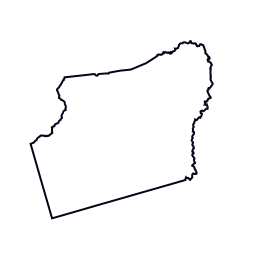 outline of Caroebe, Roraima, Brazil, rotated 74°
{"feature_id": "56859067B41446957108581", "entity_name": "Caroebe", "entity_type": "district", "adm_level": 2, "iso_a3": "BRA", "parent_name": "Brazil", "parent_adm1": "Roraima", "projection": "albers", "projection_center": [-59.482, 0.945], "detail": "fine", "context": "isolated", "style": "outline", "palette": "ink", "viewbox_px": 256, "rotation_deg": 74, "n_neighbors": 0, "source": "geoboundaries", "source_scale": "gbopen_adm2", "svg_char_len": 5374}
<svg xmlns="http://www.w3.org/2000/svg" viewBox="0 0 256 256"><g transform="rotate(74 128 128)"><path d="M193.9,225.9L193.8,178.7L193.8,134.7L193.8,133.8L193.8,87.3L193.3,87.2L192.5,86.4L191.9,86.2L191.4,85.8L192.4,85.4L192.5,84.8L192.4,84.2L192.7,83.8L193.2,83.8L193.8,83.4L194.2,83.0L194.7,82.8L195.0,82.6L194.8,82.2L194.2,81.6L193.3,79.9L192.8,79.8L190.5,79.1L189.9,78.4L189.7,77.9L190.1,77.7L190.3,76.7L190.8,76.2L190.7,75.6L190.9,75.1L190.6,74.6L189.6,74.4L188.9,74.5L188.4,74.4L187.6,74.6L187.1,74.6L186.8,74.9L186.1,75.1L185.5,75.0L185.1,75.2L184.2,75.1L183.7,75.1L183.1,75.6L182.6,75.8L182.2,76.6L181.8,76.7L181.4,76.3L181.3,75.8L180.9,75.1L180.4,74.3L180.3,73.4L179.8,73.1L179.1,73.3L178.5,73.5L177.9,73.5L176.9,73.5L175.6,72.5L174.8,72.6L174.3,72.9L173.2,73.5L172.6,73.6L171.8,73.7L171.2,73.5L171.0,73.1L170.9,72.5L170.6,72.0L170.0,71.8L169.2,71.9L169.1,72.5L168.7,72.7L168.0,72.6L166.3,71.4L166.0,70.8L165.8,70.4L165.0,70.5L164.5,70.1L164.0,70.0L163.7,70.3L163.1,70.4L162.3,70.8L161.8,70.8L161.2,70.4L160.5,69.7L159.9,69.4L158.8,69.9L157.9,70.2L156.8,69.9L156.5,69.6L155.5,68.5L154.5,68.8L154.1,68.7L153.4,68.3L153.1,67.8L152.5,67.2L151.8,66.2L150.5,65.7L149.3,66.0L149.2,66.6L148.2,66.2L146.3,65.8L145.7,65.1L145.0,64.5L144.0,64.7L143.4,64.6L142.4,64.3L141.7,63.1L140.0,62.3L139.7,61.6L138.9,61.4L138.3,61.2L138.6,60.7L139.3,59.9L138.7,58.8L138.2,58.3L137.9,57.2L137.5,57.0L137.3,56.2L138.0,55.6L137.5,55.1L136.8,54.3L136.0,53.9L135.4,53.2L134.6,53.0L134.2,53.1L133.8,53.8L132.9,53.9L132.1,53.8L131.8,53.4L131.9,52.8L131.7,51.9L132.4,51.1L132.6,50.8L132.5,50.3L131.4,48.2L131.1,47.3L131.4,46.9L131.4,46.2L130.9,46.2L130.0,45.6L128.9,45.7L128.1,45.7L127.1,45.8L127.3,46.6L126.9,47.5L126.7,47.0L126.2,46.8L125.4,47.2L124.3,47.1L123.8,46.9L124.1,46.5L124.3,46.0L124.3,45.1L123.6,44.9L123.6,44.0L122.1,42.9L121.9,42.3L122.0,40.4L121.5,40.0L120.8,40.3L119.5,40.8L115.0,41.5L114.5,41.6L114.3,41.2L113.4,40.7L113.3,39.9L112.2,39.9L111.8,39.5L112.0,38.7L111.9,37.8L110.8,36.7L110.1,35.6L109.5,34.9L108.9,34.4L108.3,34.5L107.9,34.4L107.2,34.7L106.4,35.0L105.8,35.1L105.1,35.1L104.2,35.3L103.6,35.1L103.1,34.8L102.3,34.8L102.1,34.4L101.7,34.2L100.5,34.3L99.9,33.8L98.9,33.8L98.3,33.8L97.9,33.5L96.7,33.2L94.8,32.6L94.3,32.2L93.9,32.5L93.2,32.5L92.8,32.0L91.8,31.4L91.4,31.1L90.9,30.7L90.8,30.3L90.4,30.0L89.7,30.1L89.0,30.4L88.6,30.3L88.2,30.5L87.8,30.8L87.4,31.1L86.7,31.6L86.2,31.8L86.2,32.6L85.6,32.7L85.0,32.5L84.4,32.7L83.8,32.3L83.5,31.8L83.9,31.2L84.0,30.7L83.5,30.4L82.9,30.2L82.4,30.3L81.9,30.6L81.3,31.4L80.8,31.3L80.3,31.4L79.5,31.8L78.9,31.9L78.5,32.4L77.9,32.5L77.6,32.8L77.1,33.1L75.6,32.3L75.1,32.5L74.4,32.5L73.8,32.5L73.4,32.7L72.7,32.6L72.0,32.6L71.6,32.5L71.1,32.6L70.3,32.8L69.8,33.0L69.1,32.9L68.4,33.8L68.1,34.4L67.5,34.8L67.5,35.8L67.9,36.1L68.5,36.5L68.8,36.9L68.6,37.3L68.5,37.9L68.6,38.9L67.9,39.2L67.3,39.1L66.7,39.6L66.3,39.7L65.7,39.5L65.2,39.8L65.2,40.3L64.9,40.9L64.8,42.0L64.4,42.5L64.3,43.1L63.6,43.8L63.2,44.0L62.7,43.7L62.3,43.6L61.9,43.7L61.6,44.1L61.8,44.5L62.3,45.1L62.7,45.6L63.0,46.0L63.3,46.7L62.9,47.6L62.5,48.1L61.7,49.2L61.3,49.6L61.0,51.0L61.1,51.6L61.6,52.1L61.4,52.6L61.1,53.6L61.2,54.0L61.4,54.4L61.4,55.0L61.7,55.4L62.1,56.0L62.7,56.3L63.2,56.6L63.8,57.2L64.9,57.9L64.9,58.8L65.1,59.7L64.7,60.8L65.6,60.6L66.0,61.2L66.6,61.7L66.8,62.3L66.7,63.5L67.0,63.8L67.3,64.2L67.6,64.8L67.1,64.7L67.0,65.4L67.4,65.3L67.4,65.8L67.8,66.2L67.2,66.4L67.7,66.8L67.9,67.3L67.5,67.7L66.7,67.9L66.8,68.9L66.4,69.0L66.3,69.8L66.1,70.2L65.7,70.6L65.4,71.0L65.2,71.4L65.6,71.8L65.8,72.2L65.1,72.3L64.9,72.8L65.2,73.5L65.9,74.1L66.5,74.3L66.7,75.0L66.6,75.5L66.8,76.1L66.4,76.5L66.4,77.1L66.1,77.6L65.8,78.0L65.8,79.1L66.1,79.8L66.5,79.6L67.0,80.4L70.7,92.8L71.4,99.1L72.1,104.3L72.3,106.4L72.6,109.2L71.3,116.6L70.7,119.9L69.6,131.0L70.3,131.7L69.6,133.7L68.0,141.4L68.2,141.8L68.7,142.2L69.0,142.8L69.2,143.2L69.0,143.9L68.2,144.6L67.7,144.7L67.3,144.9L66.8,145.9L66.1,149.7L65.6,153.0L62.1,173.2L61.8,175.0L62.4,175.4L62.9,175.4L63.3,176.0L63.6,176.5L64.1,176.5L64.2,177.3L64.8,177.7L65.7,178.6L66.1,178.8L66.4,179.2L66.8,179.7L67.6,180.5L68.0,181.0L68.4,181.3L68.5,181.7L68.9,182.2L69.9,183.0L70.2,183.6L70.5,184.3L71.4,185.6L72.0,185.9L74.7,185.3L76.0,185.5L77.4,185.1L78.1,185.1L78.7,185.5L80.1,186.1L81.3,184.9L82.6,184.4L83.0,183.9L83.2,183.4L84.9,182.1L85.4,181.8L86.7,181.9L87.8,182.1L89.0,181.8L90.5,181.9L91.4,182.2L92.0,182.8L92.6,182.9L93.4,182.8L93.7,184.2L94.2,185.5L94.8,186.0L95.2,186.1L95.7,186.5L96.2,187.1L97.5,188.3L98.4,188.7L99.2,188.5L99.8,188.6L100.3,188.8L100.5,189.4L101.0,190.1L101.2,190.6L101.8,190.8L102.0,191.5L102.0,192.0L102.8,192.8L103.7,193.4L103.8,194.0L104.0,194.6L104.2,195.3L104.1,195.9L104.3,196.6L104.5,197.3L104.9,197.7L105.6,197.9L105.8,198.3L105.8,198.9L106.1,199.2L106.0,199.7L106.2,200.1L106.3,201.0L107.2,201.0L107.7,201.0L108.1,201.4L108.9,201.6L109.5,201.8L110.0,201.7L110.4,201.9L110.8,202.2L111.5,202.1L112.0,202.2L112.4,203.7L112.9,204.6L112.9,205.0L113.2,205.6L113.7,206.3L113.4,207.0L113.5,207.5L113.4,208.5L112.9,208.7L113.0,210.0L112.7,210.5L111.8,211.3L111.9,212.0L111.7,212.8L111.2,213.5L111.3,214.2L111.5,214.8L112.0,215.3L112.1,215.9L112.5,217.1L113.0,218.1L114.3,219.1L114.5,219.6L114.7,220.7L115.3,221.5L116.0,222.3L116.0,223.1L116.2,223.5L116.2,224.4L116.3,225.0L116.6,225.4L116.5,226.0L141.0,226.0L151.2,226.0L193.9,225.9Z" fill="none" stroke="#020617" stroke-width="2"/></g></svg>